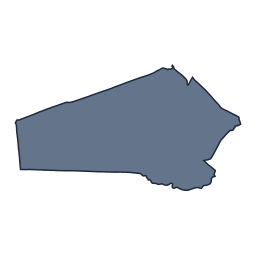 Chau Thanh, An Giang, Vietnam (Albers equal-area conic projection)
{"feature_id": "81297802B33105171569216", "entity_name": "Chau Thanh", "entity_type": "district", "adm_level": 2, "iso_a3": "VNM", "parent_name": "Vietnam", "parent_adm1": "An Giang", "projection": "albers", "projection_center": [105.281, 10.427], "detail": "fine", "context": "isolated", "style": "filled", "palette": "slate", "viewbox_px": 256, "rotation_deg": 0, "n_neighbors": 0, "source": "geoboundaries", "source_scale": "gbopen_adm2", "svg_char_len": 5748}
<svg xmlns="http://www.w3.org/2000/svg" viewBox="0 0 256 256"><path d="M17.1,119.9L16.2,121.2L15.4,123.1L15.6,123.4L15.9,123.9L16.0,124.1L16.2,124.7L16.4,125.4L16.4,126.0L16.4,126.4L16.5,127.1L16.6,128.0L16.7,128.5L16.6,129.0L16.6,130.2L16.6,130.4L16.8,131.2L16.8,131.9L17.0,133.4L17.0,133.6L17.1,134.5L17.3,135.3L17.3,135.5L17.3,136.3L17.4,136.7L17.4,137.2L17.6,137.8L17.6,138.2L17.9,141.3L18.0,142.4L18.2,144.4L18.3,145.4L18.4,147.5L18.5,148.5L18.6,149.4L18.7,149.6L18.8,150.3L19.0,152.4L19.6,158.6L19.7,160.7L20.0,163.7L20.2,166.0L20.3,166.8L20.5,169.5L22.3,169.5L24.8,169.6L26.7,169.6L29.8,169.4L30.4,169.5L31.1,169.5L32.8,169.6L33.4,169.6L35.8,169.7L38.2,169.8L41.6,169.9L43.2,170.0L44.2,170.1L45.3,170.1L46.5,170.2L47.9,170.1L51.1,170.3L52.8,170.3L56.2,170.5L61.4,170.6L63.1,170.7L71.8,170.7L75.3,170.8L78.7,170.9L85.7,171.2L92.7,171.5L95.1,171.6L95.6,171.6L101.6,171.8L103.3,171.8L105.0,171.9L108.4,172.0L110.1,172.0L113.5,172.1L118.6,172.1L120.2,172.0L123.0,172.2L126.1,172.2L127.9,172.3L129.8,172.4L139.2,173.4L140.5,173.6L140.7,173.8L141.0,173.9L141.2,174.1L141.4,174.4L141.8,174.8L142.2,175.2L142.9,175.7L143.2,175.8L143.5,175.9L144.0,175.9L144.8,175.7L145.3,175.7L145.5,175.7L146.1,176.0L146.4,176.3L146.4,176.6L146.5,177.0L146.7,177.4L147.1,177.8L147.2,178.0L147.4,178.4L147.6,178.7L147.8,178.9L147.9,179.2L148.0,179.4L148.1,179.8L148.6,180.0L148.8,180.0L149.0,179.9L149.3,179.8L149.6,179.8L150.1,180.0L150.4,180.2L150.8,180.8L151.1,181.4L151.1,181.8L151.3,182.1L151.5,182.4L151.8,182.7L152.4,183.2L153.2,183.3L153.6,183.3L154.5,183.3L155.5,183.4L155.9,183.5L156.3,183.6L156.7,183.8L157.7,184.2L158.8,184.4L159.4,184.3L160.1,184.2L160.7,184.0L161.3,184.0L161.7,183.9L162.1,183.9L162.4,183.9L163.2,184.4L164.2,184.8L164.5,184.9L164.9,185.0L165.4,185.1L166.1,185.2L166.8,185.2L167.6,185.0L168.1,184.8L169.1,184.5L169.4,184.3L169.6,184.1L169.7,183.9L169.9,183.7L170.4,183.4L171.1,183.3L171.3,183.3L171.8,183.5L172.2,183.7L172.4,183.9L172.6,184.2L172.6,184.4L172.5,184.7L172.3,185.5L172.2,186.0L172.2,186.5L172.3,187.1L172.4,187.5L172.6,187.7L173.1,188.0L173.5,188.2L173.8,188.2L174.1,188.2L174.4,188.1L174.8,188.0L175.4,187.7L175.9,187.5L176.6,187.4L177.0,187.4L177.4,187.6L178.1,187.8L178.6,188.0L179.8,188.7L180.2,188.9L180.7,189.2L181.4,189.4L182.6,189.8L183.3,189.9L184.0,190.0L184.7,190.2L187.2,190.3L187.7,190.2L188.7,190.0L189.3,189.8L190.3,189.5L191.0,189.2L191.8,188.9L192.7,188.6L194.3,188.1L194.9,187.9L195.5,187.7L196.3,187.6L197.2,187.6L198.0,187.6L198.7,187.7L199.5,188.0L200.2,188.2L200.7,188.4L201.1,188.4L201.5,188.2L201.8,187.9L202.0,187.6L202.5,186.9L202.9,186.2L203.3,185.9L203.6,185.7L204.0,185.6L206.5,185.2L207.9,184.8L208.9,184.4L209.6,184.0L210.0,183.8L210.7,182.7L210.9,182.4L211.0,182.1L211.1,181.8L211.2,180.5L211.4,179.3L211.5,178.7L211.7,178.1L212.0,177.6L212.5,177.1L213.0,176.8L213.4,176.8L213.9,176.7L214.2,176.7L214.6,176.5L215.1,176.2L214.4,175.3L214.3,175.0L214.2,174.6L214.2,174.2L214.4,173.2L214.6,172.7L214.9,172.0L215.1,171.6L215.2,171.4L215.2,171.0L215.2,170.7L215.1,170.2L214.8,170.0L214.3,169.7L214.0,169.4L210.8,166.7L210.6,166.5L210.4,166.4L209.8,165.9L208.6,165.1L207.7,164.3L206.8,163.4L203.9,160.5L208.0,159.7L208.8,159.4L210.4,158.9L210.7,158.7L211.4,157.6L213.7,153.9L214.0,153.2L214.9,151.6L215.7,150.0L216.3,148.9L216.7,148.2L218.5,144.7L218.7,144.3L221.0,140.0L223.4,137.4L224.9,135.8L225.6,134.9L230.2,130.3L230.3,130.2L230.6,130.4L230.7,130.5L230.9,130.5L231.8,130.4L232.7,130.1L233.0,130.0L233.2,129.9L233.4,129.7L233.6,129.5L233.7,129.2L233.8,129.0L233.8,128.7L233.7,128.4L233.8,128.2L234.1,128.0L234.3,127.9L234.5,127.8L234.7,127.7L234.8,127.6L235.0,127.4L235.0,127.2L235.0,126.9L234.9,126.3L235.6,126.1L235.8,126.0L236.1,126.0L236.3,126.0L237.5,125.4L237.8,125.7L238.7,125.2L240.0,124.6L240.6,124.2L240.3,122.7L239.6,120.8L239.4,120.1L239.1,119.1L239.0,118.5L239.0,117.7L238.7,117.0L237.3,116.2L235.4,115.2L232.7,113.9L229.2,112.1L227.7,111.3L223.8,109.4L222.0,108.5L221.3,108.0L220.9,107.7L220.5,107.3L220.0,106.7L219.4,105.8L219.1,105.3L218.2,104.2L217.6,103.6L215.8,101.7L214.9,100.7L213.6,99.2L210.1,95.2L208.5,93.6L206.6,91.4L205.4,90.1L203.8,88.6L201.1,86.0L198.4,83.5L196.3,81.6L194.3,79.7L193.0,78.0L192.6,77.3L192.0,78.2L191.3,79.3L191.0,79.9L190.6,80.6L189.4,83.0L188.7,84.3L188.4,84.7L188.2,84.8L187.9,85.0L187.6,85.0L187.4,84.9L187.3,84.4L187.2,84.0L187.2,82.7L187.2,81.9L187.2,81.5L187.0,81.0L186.9,80.6L186.6,80.1L185.5,78.6L184.1,77.2L183.1,76.2L182.6,75.8L181.9,75.2L181.5,74.9L180.2,73.8L178.6,72.6L178.0,72.1L177.1,71.4L176.6,70.9L176.1,70.5L175.4,70.0L174.7,69.3L174.2,68.8L174.0,68.3L173.8,67.9L173.6,67.5L173.5,66.8L173.4,66.3L173.0,66.2L172.5,66.0L172.2,65.8L172.2,65.7L172.1,65.8L172.0,66.0L172.0,66.3L172.1,66.5L172.4,66.6L172.5,66.8L172.6,67.0L172.7,67.4L172.7,67.6L172.2,68.3L171.7,68.8L171.4,68.9L171.0,69.1L170.7,69.2L170.3,69.3L169.9,69.2L169.2,69.0L168.9,69.0L168.5,69.0L168.3,69.0L168.2,69.1L167.8,69.7L167.5,69.6L167.2,69.4L167.0,69.2L166.7,69.0L166.4,68.9L166.0,68.8L165.5,68.7L164.6,68.4L163.5,68.1L162.7,68.0L158.9,70.0L157.9,70.5L156.2,71.4L154.7,72.3L154.0,72.7L152.7,73.3L151.2,73.9L148.1,75.1L145.8,75.9L142.6,76.9L139.5,77.9L127.3,82.3L124.1,83.5L120.2,85.0L114.2,87.2L111.3,88.4L108.3,89.5L105.4,90.5L104.1,90.9L100.3,92.2L97.0,93.4L93.7,94.5L93.3,94.6L88.9,96.3L84.2,97.9L82.3,98.6L79.8,99.5L76.9,100.4L74.4,101.3L70.6,102.3L69.4,102.5L67.8,102.4L67.5,102.4L67.3,102.3L67.0,102.2L66.5,102.3L64.7,102.9L61.6,103.9L56.2,105.9L52.8,107.0L51.9,107.3L50.8,107.8L48.0,108.7L45.2,109.8L44.2,110.2L42.2,111.0L39.5,111.9L37.4,112.8L36.2,113.3L33.1,114.6L31.2,115.3L30.3,115.7L27.7,116.7L25.4,117.6L23.7,118.2L20.3,119.5L19.3,119.9L18.7,120.0L17.6,120.2L17.3,120.1L17.2,120.0L17.1,119.9Z" fill="#64748b" stroke="#1e293b" stroke-width="1.5"/></svg>